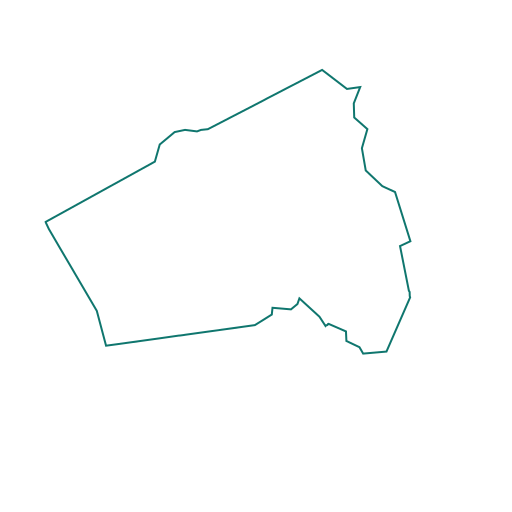 the district of Wayne, North Carolina, United States of America, rotated 240°
{"feature_id": "52423323B99063612255377", "entity_name": "Wayne", "entity_type": "district", "adm_level": 2, "iso_a3": "USA", "parent_name": "United States of America", "parent_adm1": "North Carolina", "projection": "equal_earth", "projection_center": [-78.044, 35.372], "detail": "fine", "context": "isolated", "style": "outline", "palette": "teal", "viewbox_px": 512, "rotation_deg": 240, "n_neighbors": 0, "source": "geoboundaries", "source_scale": "gbopen_adm2", "svg_char_len": 901}
<svg xmlns="http://www.w3.org/2000/svg" viewBox="0 0 512 512"><g transform="rotate(240 256 256)"><path d="M400.7,257.6L404.0,247.5L400.7,228.4L388.3,215.6L390.5,101.2L390.7,90.9L390.1,90.7L383.0,90.1L360.8,90.2L335.1,90.4L332.5,90.4L288.1,90.7L253.3,81.3L249.3,91.0L233.0,131.1L225.5,149.8L225.3,150.0L223.7,153.9L223.1,155.5L196.7,220.5L197.4,240.4L202.9,244.4L192.3,259.6L193.7,267.9L197.6,272.4L171.7,280.6L160.6,281.2L160.9,282.1L160.6,282.9L160.6,283.5L160.8,284.2L161.1,284.5L161.0,284.9L145.7,296.2L137.2,291.8L125.3,300.0L117.9,300.0L108.0,321.2L143.1,368.8L144.4,369.1L147.9,371.0L148.5,371.1L149.4,371.0L192.6,385.7L191.6,397.1L241.9,408.4L250.5,402.3L253.4,400.3L275.2,393.8L296.4,401.6L310.2,415.9L326.8,410.3L339.3,417.0L350.2,430.7L355.2,418.3L384.1,406.3L386.9,344.8L387.0,340.5L389.9,277.7L392.7,271.4L393.4,267.2L400.7,257.6Z" fill="none" stroke="#0f766e" stroke-width="2"/></g></svg>